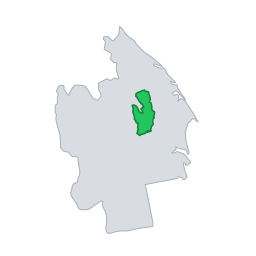 location of Tsamba-Magotsi, Ngounié, Gabon, rotated 169°
{"feature_id": "22940354B73947944893462", "entity_name": "Tsamba-Magotsi", "entity_type": "district", "adm_level": 2, "iso_a3": "GAB", "parent_name": "Gabon", "parent_adm1": "Ngounié", "projection": "equal_earth", "projection_center": [10.858, -1.184], "detail": "fine", "context": "in_parent", "style": "filled", "palette": "green", "viewbox_px": 256, "rotation_deg": 169, "n_neighbors": 0, "source": "geoboundaries", "source_scale": "gbopen_adm2", "svg_char_len": 7167}
<svg xmlns="http://www.w3.org/2000/svg" viewBox="0 0 256 256"><g transform="rotate(169 128 128)"><path d="M169.1,31.4L169.0,33.7L167.1,39.2L166.2,43.5L165.9,48.1L166.5,51.8L167.4,54.4L168.0,57.3L167.5,59.3L166.6,60.1L167.2,61.1L168.6,61.4L171.0,60.5L174.7,59.0L179.4,56.8L182.6,55.6L187.8,56.3L190.5,57.1L192.0,58.7L193.5,65.3L194.3,66.3L195.5,69.1L196.6,72.4L196.8,74.1L196.7,75.3L195.6,77.1L194.4,79.8L194.0,81.4L193.0,82.6L191.8,83.8L188.3,84.3L187.8,85.0L186.8,87.8L185.0,90.2L184.1,92.5L183.4,95.5L183.5,99.3L183.2,104.7L182.8,108.4L183.7,109.6L187.9,110.5L188.7,111.3L189.8,113.5L191.2,115.7L195.0,117.0L196.4,118.6L197.6,120.4L197.8,121.9L196.9,127.8L196.1,133.4L196.4,137.7L196.7,141.8L197.2,147.7L197.0,151.4L195.9,153.6L195.9,155.4L196.4,157.5L195.4,163.3L194.8,164.3L193.1,165.3L192.2,166.9L192.0,169.3L191.0,172.7L190.1,173.9L190.1,175.5L191.0,176.6L191.0,178.4L189.3,180.4L188.3,182.0L186.0,182.8L183.4,182.0L182.8,180.8L183.4,179.0L183.2,177.6L182.3,176.1L181.0,172.2L179.7,171.4L179.0,172.9L176.9,175.9L173.2,179.7L170.6,180.0L165.8,178.9L161.8,177.0L159.9,172.6L158.7,168.9L157.0,164.6L155.1,162.6L153.0,161.3L152.1,161.2L149.2,163.6L148.3,164.5L148.3,166.5L148.6,168.4L149.0,169.3L149.4,170.5L149.3,172.4L148.8,174.8L148.6,177.6L139.4,180.3L137.8,179.3L136.7,178.1L135.3,178.3L131.3,179.7L129.8,178.7L128.3,178.0L127.7,178.6L127.6,179.8L128.3,186.2L128.1,188.7L127.2,191.9L126.7,194.1L129.1,194.7L130.0,195.7L130.9,197.3L132.1,198.8L132.1,199.7L130.8,201.4L130.3,203.5L131.0,205.1L132.6,206.8L135.1,208.6L136.3,209.7L136.1,210.8L135.0,213.0L134.6,214.9L133.8,216.7L134.0,218.2L135.1,219.7L134.9,221.0L134.2,222.0L132.7,221.8L131.4,222.0L130.2,221.6L126.7,216.5L125.9,216.3L120.7,220.2L119.4,221.8L118.3,224.2L116.8,229.2L114.5,226.3L112.4,220.9L110.0,217.6L105.0,212.3L103.7,208.4L97.9,199.8L89.7,191.2L83.7,183.7L82.8,182.1L83.8,182.3L89.6,186.0L90.4,185.6L91.0,184.7L88.6,182.8L86.2,181.2L84.0,180.3L81.7,180.4L80.5,178.8L79.7,176.4L79.3,174.3L78.3,172.2L75.1,167.7L74.3,166.0L72.6,163.7L73.7,163.4L77.1,165.6L77.4,164.7L77.1,163.4L73.7,161.3L71.8,161.2L71.4,159.7L71.6,157.9L69.2,151.5L66.7,146.6L66.3,144.4L73.1,154.9L74.0,155.1L75.2,155.0L78.0,153.8L77.5,152.4L76.2,150.9L75.0,151.6L73.4,151.7L72.5,151.1L72.2,150.0L73.8,144.9L73.1,145.1L72.5,146.0L71.7,146.5L70.3,146.7L66.9,144.0L64.0,136.6L63.2,135.1L62.4,132.5L61.6,131.5L58.2,121.0L59.5,121.8L61.1,124.8L64.1,124.2L65.3,122.4L66.3,122.5L67.3,122.1L68.7,120.4L72.5,113.2L73.6,103.6L73.2,98.0L72.7,92.4L74.0,90.6L74.5,91.7L74.7,93.7L75.3,95.2L76.7,96.5L79.3,96.9L83.2,99.0L84.6,100.3L85.0,97.7L89.6,95.4L88.2,94.6L84.1,95.5L78.6,92.1L76.7,90.0L75.0,85.9L73.2,83.8L73.3,81.9L77.3,80.1L78.4,80.3L78.8,82.4L79.9,83.3L80.3,83.0L80.5,81.2L80.5,76.4L79.3,69.5L79.7,68.2L80.7,67.7L81.7,66.8L82.4,66.6L83.8,66.8L84.4,68.4L84.8,69.2L86.2,69.6L87.3,70.5L88.3,70.3L89.1,69.3L90.2,69.1L93.9,69.1L97.2,69.1L103.7,69.1L110.3,69.2L116.9,69.2L121.8,69.2L121.8,65.3L121.8,59.2L121.7,52.0L121.7,45.1L121.7,38.7L121.6,31.2L121.9,29.0L122.2,28.1L122.1,26.9L127.2,26.8L136.4,27.4L140.4,27.3L141.6,27.4L146.6,27.0L150.6,27.5L152.4,28.0L153.9,28.3L158.8,28.6L165.2,28.2L167.3,28.3L168.5,29.4L169.1,31.4Z" fill="#d9dde1" stroke="#a8b0b8" stroke-width="1"/><path d="M120.2,121.0L119.9,120.6L119.3,120.0L118.8,119.4L118.4,119.0L118.2,118.6L117.8,118.5L117.5,118.6L117.2,118.8L116.9,118.9L116.6,119.0L116.1,119.1L113.7,119.3L112.5,119.4L111.9,119.7L111.5,119.9L111.3,120.2L111.1,120.5L110.9,120.8L110.7,120.6L110.5,120.2L110.3,120.2L110.0,120.2L109.7,120.3L109.5,120.6L109.4,121.0L109.2,121.4L108.9,121.5L108.6,121.4L108.3,121.2L108.2,120.8L108.3,120.7L108.5,120.4L108.2,120.5L107.8,120.5L107.6,120.3L107.2,120.3L107.0,120.5L106.9,120.8L106.7,121.0L106.4,121.1L106.2,120.8L106.1,120.7L105.8,120.8L105.7,121.0L105.9,121.3L106.1,121.6L106.2,121.9L106.2,122.3L106.1,122.5L105.8,122.8L105.5,123.1L105.3,123.5L105.1,124.0L105.0,124.3L104.9,124.7L104.2,125.6L103.7,125.7L103.5,125.9L103.0,126.3L102.8,126.4L102.6,126.8L102.5,127.9L102.5,128.6L102.5,129.6L102.4,130.1L102.0,131.1L101.7,131.9L101.5,132.2L101.2,132.5L100.8,132.7L100.5,132.9L100.3,133.0L100.2,133.4L100.3,133.7L100.5,133.8L100.6,134.2L100.5,134.7L100.4,135.2L100.0,135.6L99.7,135.8L99.6,136.1L99.6,136.4L99.7,136.7L99.7,137.1L99.3,137.2L99.1,137.4L99.0,137.8L98.9,138.0L98.8,138.3L99.1,139.1L99.3,139.2L99.6,139.4L99.8,139.5L100.0,139.9L100.2,140.2L100.5,140.4L100.8,140.7L100.9,141.2L101.0,141.7L101.0,142.1L100.9,142.5L100.8,143.0L100.7,143.5L100.7,143.9L100.6,144.4L100.5,144.9L100.5,145.5L100.6,147.1L100.7,147.9L100.8,148.4L100.9,148.6L101.2,148.8L101.6,149.0L101.9,149.2L102.0,149.5L101.9,149.9L101.7,150.2L101.5,150.6L101.1,151.0L100.7,151.7L100.6,152.2L100.6,152.8L100.6,154.0L100.6,154.6L100.7,155.4L100.9,156.4L101.0,157.0L101.0,159.3L101.2,159.7L101.6,159.8L101.8,159.9L102.1,160.0L102.4,160.2L102.6,160.3L102.9,160.4L103.2,160.5L103.5,160.5L103.9,160.7L104.2,160.9L104.4,161.2L104.5,161.5L104.6,161.8L104.6,162.1L105.5,162.0L106.6,162.0L107.2,162.0L107.8,161.7L108.1,161.5L108.6,161.3L109.6,161.2L110.2,161.1L110.8,161.1L111.2,161.0L111.3,160.9L111.7,160.9L111.9,161.0L112.2,160.9L112.5,160.5L112.8,160.2L113.1,160.0L113.6,160.0L113.6,159.8L113.7,159.5L113.8,159.3L113.9,159.0L114.1,158.7L114.2,158.4L114.2,158.1L114.2,157.8L114.2,157.5L114.1,157.3L113.9,157.2L113.6,157.1L113.5,156.8L113.4,156.4L113.3,155.8L113.0,155.3L112.8,154.6L112.6,154.2L112.4,153.8L112.3,153.5L112.2,153.2L112.1,152.9L112.0,152.5L111.9,152.1L111.8,151.8L111.7,151.6L111.4,151.4L111.3,151.1L111.0,150.8L110.9,150.6L110.8,150.3L110.7,149.8L110.6,149.4L110.5,149.2L110.3,149.1L110.1,149.1L109.9,149.1L109.6,149.0L109.4,148.3L109.2,147.4L108.8,146.5L108.6,146.1L108.6,145.7L108.6,145.3L108.9,145.2L109.3,145.3L109.6,145.3L109.9,145.4L110.1,145.2L110.3,144.9L110.5,144.7L110.9,144.6L111.3,144.6L111.5,144.5L111.6,144.3L111.5,143.9L111.4,143.6L111.2,143.2L111.0,142.5L110.8,142.0L110.6,141.5L110.5,141.1L110.4,140.7L110.4,140.3L110.6,140.0L110.9,139.9L111.3,139.9L111.7,139.9L112.0,140.1L112.3,140.3L112.6,140.7L112.9,141.1L113.2,141.4L113.4,141.6L113.6,141.7L113.8,141.7L113.9,142.2L114.0,142.8L114.1,143.3L114.3,143.5L114.4,143.8L114.5,144.2L114.6,144.8L114.7,145.4L114.8,146.0L115.1,146.6L115.4,147.2L115.6,147.6L115.8,148.0L116.2,148.4L116.6,148.7L116.9,149.0L117.3,149.2L117.7,149.4L118.0,149.5L118.3,149.4L119.0,149.5L119.5,149.4L119.5,149.0L119.5,148.3L119.4,147.7L119.3,147.1L119.3,146.4L119.4,145.5L119.5,145.0L119.7,144.4L119.8,143.9L120.0,143.5L120.1,142.8L120.1,142.2L120.0,141.3L119.9,140.8L119.9,140.2L119.8,139.8L119.7,139.0L119.6,138.5L119.6,137.8L119.6,137.4L119.7,137.1L119.8,136.6L120.0,136.1L120.1,135.6L120.0,135.2L119.8,134.8L119.6,134.4L119.4,134.2L119.2,134.1L119.0,133.9L118.9,133.6L118.9,133.2L119.1,132.9L119.1,132.5L119.0,132.2L118.9,131.8L118.7,131.5L118.5,131.3L118.4,131.2L118.2,131.1L117.8,131.1L117.6,131.2L117.4,131.2L117.2,130.6L117.3,130.4L117.5,129.9L117.7,129.5L117.8,128.7L117.8,128.3L118.0,127.7L118.2,127.4L118.4,126.9L118.4,126.3L118.3,125.8L118.2,125.4L118.1,125.0L118.1,124.8L118.4,124.7L118.5,124.7L118.7,124.4L118.9,124.0L119.3,123.1L119.5,122.5L119.8,121.8L120.2,121.0Z" fill="#22c55e" stroke="#15803d" stroke-width="1.5"/></g></svg>